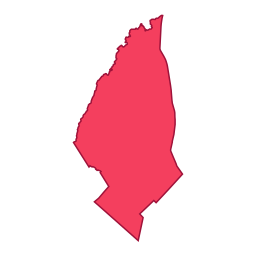 Ezeiza, Buenos Aires, Argentina
{"feature_id": "61730980B4318709030653", "entity_name": "Ezeiza", "entity_type": "district", "adm_level": 2, "iso_a3": "ARG", "parent_name": "Argentina", "parent_adm1": "Buenos Aires", "projection": "natural_earth1", "projection_center": [-58.584, -34.874], "detail": "fine", "context": "isolated", "style": "filled", "palette": "rose", "viewbox_px": 256, "rotation_deg": 0, "n_neighbors": 0, "source": "geoboundaries", "source_scale": "gbopen_adm2", "svg_char_len": 5425}
<svg xmlns="http://www.w3.org/2000/svg" viewBox="0 0 256 256"><path d="M73.5,142.5L89.0,167.0L90.0,165.7L90.9,166.4L91.9,166.7L92.0,166.9L92.5,166.9L92.7,166.7L92.9,166.7L93.2,166.8L93.6,166.9L94.3,167.4L94.9,167.7L95.4,168.1L95.8,168.6L95.9,168.8L96.0,169.0L95.8,169.0L95.7,169.2L95.8,169.3L96.2,169.6L96.5,169.7L96.7,169.9L96.8,170.1L97.1,170.4L97.3,170.4L97.9,170.1L98.2,170.1L98.5,170.2L98.7,170.4L99.2,170.5L99.6,170.7L100.3,170.9L100.5,171.1L101.0,171.5L100.2,172.6L108.8,186.5L104.2,191.7L98.7,198.2L97.5,199.2L94.4,201.8L120.2,224.6L138.2,240.6L143.1,217.6L139.7,213.9L153.8,200.5L156.1,202.7L168.0,190.0L182.5,174.1L176.8,166.0L176.1,163.8L173.0,156.5L170.8,151.2L170.6,150.3L170.7,149.3L172.3,142.1L172.3,141.3L173.9,134.4L175.1,124.5L175.1,119.6L174.9,117.0L174.8,112.8L174.5,110.9L172.3,103.2L172.0,100.7L171.9,99.8L171.1,89.8L170.5,85.3L167.4,66.1L167.0,64.3L166.1,61.3L165.6,59.9L164.9,58.4L163.7,56.1L160.6,50.8L160.3,50.1L160.0,49.3L159.9,48.6L159.9,47.9L161.0,26.4L161.2,24.1L161.5,21.8L162.1,18.0L162.7,15.5L162.3,15.4L161.9,15.4L161.6,15.4L161.3,15.5L159.5,16.8L158.5,17.8L157.9,18.2L157.5,18.3L156.8,18.2L156.5,18.2L156.0,18.4L155.7,18.7L155.5,19.1L155.3,19.4L155.0,19.5L154.0,19.3L152.0,19.3L151.5,19.5L150.9,20.1L150.4,20.3L150.2,20.4L150.1,20.6L150.1,21.1L150.2,21.9L150.4,22.4L150.4,22.8L150.4,23.3L150.3,23.8L150.3,24.0L150.5,24.2L150.9,24.4L151.1,24.6L151.7,25.4L151.7,25.6L151.4,26.2L151.4,26.4L151.4,26.8L151.6,27.0L152.0,27.2L152.2,27.3L152.2,27.6L151.3,28.8L150.8,29.2L150.5,29.2L149.8,29.0L149.5,29.1L149.0,29.5L148.1,30.0L147.7,30.2L147.1,30.1L146.6,29.8L146.2,30.1L145.6,30.8L145.3,30.8L145.1,30.7L145.1,30.2L145.3,30.0L145.3,29.8L145.1,29.4L145.1,28.9L144.9,28.6L144.0,27.6L143.9,27.4L143.9,27.0L143.8,26.7L143.3,26.4L143.2,26.3L142.9,25.7L142.7,25.5L142.0,25.7L141.6,25.5L141.4,25.2L141.4,24.8L141.7,24.3L141.8,24.2L141.7,23.9L141.4,23.8L141.2,23.8L140.7,24.1L140.2,25.4L140.1,26.0L139.7,26.7L139.4,27.3L138.6,27.9L137.9,29.1L137.5,29.1L137.1,29.0L136.9,28.9L136.3,28.3L136.1,28.2L135.9,28.3L135.7,28.5L135.3,29.2L135.0,29.3L134.2,29.2L133.0,29.3L131.8,29.2L131.5,29.2L131.0,29.5L130.7,29.7L130.4,30.1L130.0,30.5L129.9,30.6L129.8,30.8L129.8,31.0L129.8,31.7L129.8,32.2L129.8,32.4L129.3,32.8L129.2,33.0L129.3,34.1L129.5,34.6L130.0,35.1L130.2,35.5L130.4,36.2L130.3,36.4L130.1,36.5L129.9,36.5L129.6,36.5L129.2,36.2L128.9,36.2L128.8,36.3L128.7,36.5L128.5,37.1L128.3,37.2L128.1,37.3L127.1,37.3L126.3,37.1L126.1,37.2L125.9,37.3L125.8,37.6L125.8,38.0L125.7,38.2L125.4,38.6L125.3,38.9L125.3,39.4L125.5,39.9L126.0,40.2L126.1,40.6L125.9,41.5L125.4,41.9L125.2,42.1L125.2,42.4L125.4,42.6L125.5,42.6L125.8,42.6L126.3,42.4L126.5,42.4L127.0,42.7L127.2,42.9L127.3,43.2L127.3,44.1L127.1,44.4L126.1,44.8L125.6,45.2L124.4,46.5L124.1,46.7L123.3,47.0L122.9,46.8L122.7,46.7L121.7,45.4L121.3,45.3L121.1,45.4L120.7,45.9L120.6,46.0L119.8,46.3L119.3,46.8L118.6,47.6L117.4,48.6L117.3,48.9L117.4,49.1L117.6,49.3L118.3,49.4L118.5,49.5L118.8,50.4L118.9,50.7L118.8,51.0L118.6,51.3L118.2,51.6L117.4,52.7L116.7,53.2L116.5,53.6L116.4,53.9L116.4,54.3L116.1,55.5L116.0,57.9L116.2,58.2L116.6,58.4L116.7,58.6L116.7,59.1L116.5,59.5L115.4,60.8L114.5,61.7L114.4,62.0L114.6,62.6L115.1,62.9L115.2,63.1L115.2,63.4L115.2,63.7L114.8,64.0L114.2,64.2L113.7,64.4L113.4,64.5L113.3,65.0L113.3,65.3L113.3,65.6L113.1,65.9L112.3,66.5L112.1,66.7L112.0,66.9L112.0,67.2L111.9,67.5L111.8,67.8L111.4,68.1L111.0,68.3L110.9,68.5L110.9,68.9L111.1,69.1L111.7,69.3L112.1,69.6L112.1,69.8L111.8,70.3L111.6,70.4L111.3,70.4L111.2,70.3L111.1,70.2L110.9,69.8L110.5,69.5L110.1,69.4L109.9,69.5L109.8,69.8L110.0,70.3L110.1,70.6L110.1,70.8L110.1,71.1L109.6,71.4L109.4,71.7L109.4,72.0L109.5,72.2L109.5,72.4L109.1,72.8L109.0,73.4L108.7,74.0L108.5,74.7L108.3,74.9L108.1,75.1L107.9,75.2L107.5,75.1L107.2,74.9L106.8,74.5L106.5,73.9L106.3,73.8L106.1,73.7L105.6,73.7L105.3,73.7L104.8,74.2L104.5,74.4L103.7,74.5L103.1,75.6L103.0,75.8L102.8,76.1L102.6,76.2L102.2,76.3L101.6,76.5L101.3,77.2L100.6,77.9L100.3,78.5L99.6,79.2L99.1,80.0L98.9,80.2L98.4,80.3L98.2,80.4L98.0,80.6L97.6,81.1L97.5,81.3L97.4,81.7L97.2,82.2L97.0,82.5L96.5,83.7L96.5,84.0L97.1,84.7L97.1,85.3L96.7,86.7L96.5,87.3L96.4,88.2L96.2,88.7L96.2,89.6L96.0,90.1L95.5,90.7L94.9,90.9L94.8,91.1L94.7,91.3L94.7,91.6L94.7,92.4L94.5,92.8L94.2,94.2L94.0,94.8L94.0,95.3L93.9,95.6L93.3,96.3L93.0,96.9L92.6,97.4L92.4,97.9L92.3,98.3L92.3,98.5L91.8,99.2L91.6,100.3L91.5,100.6L91.2,101.0L91.2,101.7L91.2,102.5L91.1,102.8L90.6,103.3L90.4,103.5L89.8,103.7L89.5,103.9L89.3,104.1L89.2,104.3L88.5,104.9L88.4,105.2L88.5,105.5L88.4,105.8L87.7,107.4L87.6,107.8L87.3,108.5L87.3,108.9L87.4,109.2L87.6,109.7L87.6,109.9L87.4,110.4L87.3,110.7L86.9,110.9L86.5,111.2L86.3,111.4L86.2,111.8L85.2,113.3L84.9,113.8L84.7,114.0L84.3,114.2L83.8,114.6L83.4,115.1L83.2,115.5L83.1,116.5L83.1,116.8L83.0,117.0L82.3,117.8L81.8,118.3L81.3,118.5L81.1,118.7L80.9,118.9L80.7,119.4L80.7,119.7L81.1,120.8L80.9,121.3L80.3,121.8L79.9,122.5L79.8,122.8L79.4,123.0L79.2,123.0L78.7,123.7L78.7,124.1L78.8,124.5L79.0,124.9L79.0,125.7L78.9,126.1L78.8,126.5L78.6,126.8L78.2,127.1L78.1,127.4L77.8,129.0L77.7,129.2L77.5,129.4L77.4,129.7L77.5,130.0L77.8,130.6L77.8,130.9L77.5,131.6L77.5,131.9L77.4,132.4L77.0,133.2L76.9,134.7L76.6,135.5L76.5,135.9L76.6,136.3L76.8,137.0L76.8,137.9L76.5,138.5L76.3,138.7L76.2,139.0L76.1,139.6L76.0,140.0L76.2,140.3L76.1,140.9L75.9,141.2L75.6,141.4L74.6,141.8L74.1,141.9L73.5,142.5Z" fill="#f43f5e" stroke="#9f1239" stroke-width="1.5"/></svg>